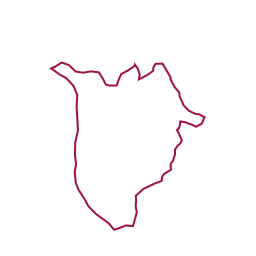 outline of Oskarshamn, Kalmar, Sweden, rotated 152°
{"feature_id": "70781695B81120519064145", "entity_name": "Oskarshamn", "entity_type": "district", "adm_level": 2, "iso_a3": "SWE", "parent_name": "Sweden", "parent_adm1": "Kalmar", "projection": "albers", "projection_center": [16.317, 57.382], "detail": "fine", "context": "isolated", "style": "outline", "palette": "rose", "viewbox_px": 256, "rotation_deg": 152, "n_neighbors": 0, "source": "geoboundaries", "source_scale": "gbopen_adm2", "svg_char_len": 1166}
<svg xmlns="http://www.w3.org/2000/svg" viewBox="0 0 256 256"><g transform="rotate(152 128 128)"><path d="M167.9,216.7L167.3,215.5L163.2,207.3L159.1,201.0L156.4,191.0L157.2,181.0L163.1,171.5L168.9,158.8L173.4,149.3L181.5,139.8L187.3,129.4L190.9,120.4L195.8,114.0L199.8,104.1L200.7,97.3L199.7,84.7L199.7,77.5L196.5,66.8L189.7,52.9L188.1,44.8L184.7,44.0L175.7,43.0L169.7,39.1L163.8,45.1L159.8,49.5L157.9,55.5L154.9,60.0L152.9,64.5L143.0,67.0L131.0,66.5L123.8,65.6L123.1,65.5L120.6,69.0L117.6,70.5L109.7,71.0L107.2,76.4L103.7,77.9L100.1,81.5L98.7,82.9L96.7,86.9L92.7,88.9L89.2,89.8L86.2,91.8L85.7,98.8L85.7,103.3L83.2,103.8L80.7,106.3L78.7,109.2L74.7,106.2L72.7,103.7L70.3,101.2L67.3,97.2L60.8,97.2L55.3,101.7L58.8,106.7L62.2,109.2L66.2,114.7L68.2,121.7L67.6,131.7L66.1,135.2L67.6,142.2L67.6,150.7L66.6,152.7L67.3,168.7L68.5,169.2L73.5,171.7L77.0,169.7L79.0,166.7L86.0,165.7L95.6,165.8L92.5,169.8L91.5,175.8L92.1,180.8L93.0,179.8L100.5,178.8L108.6,178.8L112.6,175.8L118.1,170.8L124.6,174.3L127.1,176.8L127.1,183.8L127.6,190.8L134.1,195.4L141.7,197.9L147.7,202.4L150.7,211.4L155.8,216.9L162.8,216.4L167.9,216.7Z" fill="none" stroke="#9f1239" stroke-width="2"/></g></svg>